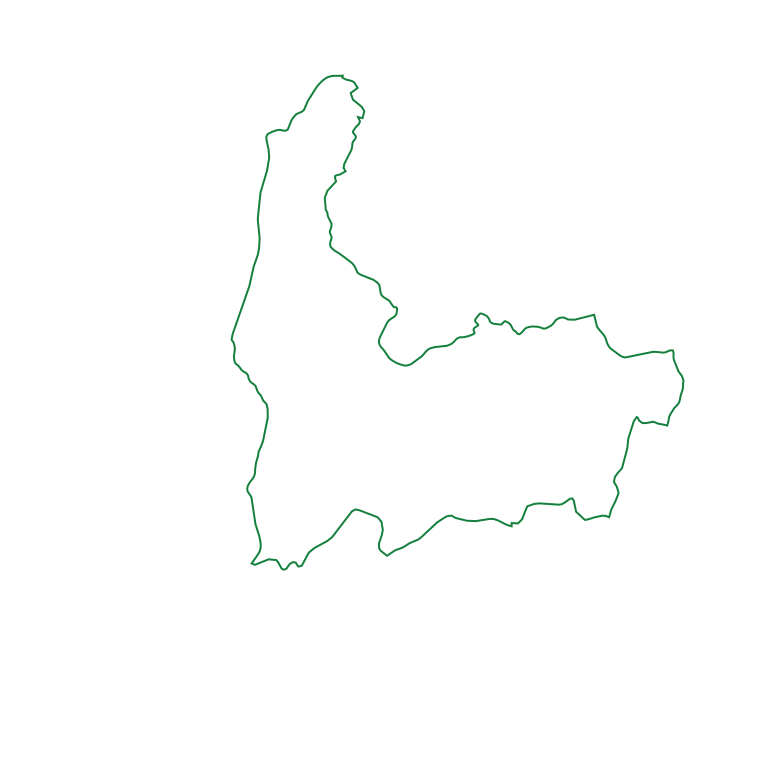 the border of Bouenza, rotated 43°
{"feature_id": "COG-2626", "entity_name": "Bouenza", "entity_type": "Region", "adm_level": 1, "iso_a3": "COG", "parent_name": "Republic of the Congo", "parent_adm1": "", "projection": "natural_earth1", "projection_center": [13.508, -4.119], "detail": "fine", "context": "isolated", "style": "outline", "palette": "green", "viewbox_px": 768, "rotation_deg": 43, "n_neighbors": 0, "source": "natural_earth", "source_scale": "10m", "svg_char_len": 4689}
<svg xmlns="http://www.w3.org/2000/svg" viewBox="0 0 768 768"><g transform="rotate(43 384 384)"><path d="M495.0,508.2L492.4,507.4L489.2,504.2L485.2,495.5L482.5,491.4L476.1,486.5L470.2,485.8L451.9,493.2L448.6,495.3L447.4,499.2L450.5,531.4L449.5,537.8L445.0,551.3L444.0,558.6L447.8,573.0L445.9,575.9L443.8,575.6L441.4,574.8L439.0,576.2L437.8,579.9L438.6,586.0L437.1,588.4L434.6,588.7L428.0,586.5L425.2,586.3L419.2,590.9L412.9,604.3L409.6,605.5L409.6,605.4L409.4,604.2L408.0,594.4L407.5,591.9L406.4,589.4L404.6,586.8L401.7,584.0L396.8,580.5L385.5,574.1L364.6,557.5L362.3,556.6L357.7,555.6L355.7,554.2L354.0,551.7L353.0,548.0L352.4,542.2L351.8,539.7L350.2,536.9L347.2,533.3L344.1,528.8L341.2,523.0L338.3,518.7L336.8,513.9L334.3,508.0L322.1,488.1L315.9,481.6L311.7,478.8L306.9,478.5L302.4,476.6L300.2,476.2L298.0,476.1L295.9,475.3L291.5,473.1L289.4,473.0L285.2,473.5L283.1,473.1L280.9,472.1L279.0,470.7L276.9,470.0L274.7,470.2L272.5,470.8L270.3,470.9L265.6,470.0L261.0,470.2L258.4,468.8L255.4,466.2L250.9,459.9L247.8,457.5L245.3,456.1L243.5,455.9L242.2,455.4L239.3,450.8L218.8,404.3L208.8,387.3L203.4,375.2L199.7,369.4L193.5,362.1L180.5,350.7L178.5,348.6L163.1,328.2L152.7,307.3L146.2,297.5L144.1,295.2L139.6,291.2L130.9,285.1L129.2,283.1L128.5,280.5L130.2,275.8L131.9,272.5L133.7,269.9L135.6,268.4L137.6,267.4L139.2,265.9L140.1,263.6L136.6,254.5L136.0,251.9L135.8,246.5L138.2,241.0L138.6,238.2L135.3,229.2L132.1,212.2L132.0,206.4L132.3,202.8L132.9,200.1L133.6,197.9L136.1,193.9L143.6,186.7L144.5,188.3L148.0,187.5L153.7,184.4L156.3,183.7L162.8,185.4L161.2,193.9L167.3,197.2L178.9,196.5L183.6,198.0L187.0,204.2L183.0,206.5L187.4,208.3L188.4,211.3L188.2,215.5L189.0,220.4L190.1,221.3L193.8,221.8L195.0,222.5L195.8,224.3L196.1,228.0L196.8,229.5L199.2,232.7L200.5,235.0L204.9,250.2L207.1,253.5L210.8,254.6L208.9,261.0L207.7,262.5L206.4,265.0L207.6,266.7L210.8,268.5L210.8,281.0L213.6,288.1L222.5,296.2L225.9,297.4L226.7,298.3L229.4,300.0L236.2,302.5L238.1,304.6L239.2,306.9L240.1,309.1L241.5,310.5L242.7,311.0L244.2,311.6L245.7,312.5L246.8,314.3L247.8,316.5L249.2,318.6L251.3,320.0L254.0,320.3L257.3,320.1L262.5,319.0L277.5,317.4L279.7,317.5L282.1,317.9L289.0,320.7L292.5,320.0L305.3,315.0L309.6,314.4L313.0,314.7L319.4,319.6L321.5,320.7L324.2,320.8L331.3,319.5L336.8,320.8L338.9,321.0L340.6,319.5L342.4,320.1L343.7,321.8L345.2,324.1L345.8,326.6L345.3,329.1L344.6,331.7L344.2,334.2L344.4,336.8L349.2,352.8L350.5,355.3L352.3,357.3L354.3,358.4L356.5,359.0L360.9,359.4L370.2,361.5L373.3,361.3L378.3,360.2L382.5,358.6L386.2,356.7L387.3,355.8L388.9,353.7L390.3,351.0L392.6,338.6L392.7,336.0L392.5,330.9L392.7,328.4L394.0,325.4L396.3,322.0L404.0,313.1L405.9,308.9L406.3,306.0L406.3,303.2L406.4,300.8L407.4,298.4L410.2,295.6L412.5,292.4L414.8,288.0L415.5,285.9L415.4,284.8L413.1,283.7L412.1,282.8L411.9,281.3L412.8,277.3L412.8,276.8L412.4,276.4L411.3,276.2L409.8,276.3L408.4,276.1L407.1,275.3L406.6,273.7L406.2,268.2L406.2,267.4L406.4,266.7L407.3,266.0L408.7,265.4L412.5,264.2L414.7,264.4L416.7,264.8L417.9,265.6L419.3,266.1L421.2,266.0L423.2,265.1L428.0,261.6L429.3,260.2L429.3,256.8L429.7,255.5L432.3,254.5L434.4,254.3L436.4,254.4L440.9,256.0L442.3,256.2L445.2,255.8L446.7,256.2L448.0,256.0L449.2,255.1L449.6,252.2L449.5,247.7L449.8,245.7L451.4,243.1L453.3,240.7L457.3,237.4L459.8,236.0L463.1,234.6L464.1,233.4L465.0,231.5L466.4,227.3L466.6,224.6L466.4,222.5L466.1,220.9L466.3,219.1L466.7,217.6L467.3,215.9L468.4,214.5L469.8,213.0L472.4,211.9L474.5,211.4L479.5,207.1L490.5,190.1L500.7,196.8L503.5,197.4L511.6,198.3L515.1,199.5L519.6,202.1L522.6,203.1L525.2,203.5L537.4,202.2L540.1,201.4L542.3,200.1L558.5,177.4L560.8,175.2L566.6,170.8L568.2,169.0L570.3,164.3L572.3,162.5L574.1,163.3L577.6,167.1L579.5,168.6L590.5,173.8L596.7,175.1L600.8,177.3L602.7,180.1L604.9,182.3L606.4,184.8L608.9,190.2L611.0,193.5L612.4,196.2L612.8,198.7L612.7,203.5L614.1,211.1L615.2,214.0L617.4,217.2L618.7,219.6L619.4,221.4L618.2,221.8L610.9,226.4L608.7,227.0L606.5,228.1L602.5,233.7L599.8,236.2L595.5,236.8L592.7,235.6L591.4,235.8L592.1,240.9L599.8,257.1L606.0,265.4L615.5,283.3L615.6,289.2L616.3,294.7L619.0,298.8L624.5,300.4L629.9,303.7L633.1,311.5L635.8,320.7L639.5,327.9L636.0,329.3L633.6,331.3L629.5,337.0L625.0,344.7L623.6,346.4L611.6,346.4L602.3,339.9L599.8,339.3L598.3,341.1L596.9,347.9L596.0,350.7L594.1,353.1L579.4,365.0L575.6,369.3L572.2,375.8L577.3,389.1L577.0,394.7L572.2,398.6L574.4,401.0L569.8,403.3L560.2,406.1L556.3,407.9L553.3,410.6L544.7,421.6L538.1,427.3L527.7,433.2L523.4,434.1L521.8,435.7L520.4,437.6L519.8,438.8L517.3,448.7L515.7,471.2L515.0,474.6L511.6,482.2L510.8,484.8L509.6,489.7L508.6,492.2L505.6,497.9L503.4,507.5L503.1,507.6L495.0,508.2Z" fill="none" stroke="#15803d" stroke-width="2"/></g></svg>